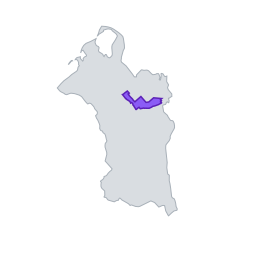 location of S.A. Nyyazow, Tashauz, Turkmenistan, rotated 49°
{"feature_id": "10190150B78263811448824", "entity_name": "S.A. Nyyazow", "entity_type": "district", "adm_level": 2, "iso_a3": "TKM", "parent_name": "Turkmenistan", "parent_adm1": "Tashauz", "projection": "natural_earth1", "projection_center": [58.86, 40.837], "detail": "fine", "context": "in_parent", "style": "filled", "palette": "violet", "viewbox_px": 256, "rotation_deg": 49, "n_neighbors": 0, "source": "geoboundaries", "source_scale": "gbopen_adm2", "svg_char_len": 4799}
<svg xmlns="http://www.w3.org/2000/svg" viewBox="0 0 256 256"><g transform="rotate(49 128 128)"><path d="M79.8,88.7L90.3,89.3L93.5,89.7L94.9,88.2L94.8,87.9L94.3,87.6L93.5,86.6L92.9,79.8L93.8,78.9L94.9,78.2L96.4,76.1L97.2,75.4L98.4,74.9L102.4,74.7L104.1,74.3L105.6,71.9L105.9,70.5L106.9,69.4L107.6,69.4L110.3,70.4L110.9,70.8L111.8,72.6L112.8,72.5L113.0,72.2L112.8,71.8L112.1,70.7L110.4,68.7L108.7,67.5L108.6,67.1L110.0,66.1L112.8,66.5L113.6,66.2L114.3,64.6L118.1,68.2L118.8,68.5L121.8,69.0L122.3,69.5L123.4,71.6L124.4,72.1L125.7,72.5L131.0,72.6L132.7,74.0L133.0,74.3L132.6,75.3L132.6,77.2L132.1,77.9L132.4,78.2L134.3,79.0L135.4,80.2L135.6,80.7L135.2,81.1L134.3,80.9L133.9,81.5L133.9,82.4L134.6,83.4L134.8,84.2L133.8,86.2L133.8,87.0L134.1,87.4L139.0,90.4L139.7,90.5L144.4,89.9L145.3,90.3L149.4,90.9L150.5,90.8L151.3,89.9L152.0,89.5L152.7,89.5L154.7,90.1L156.8,91.4L158.1,92.5L158.8,93.6L160.8,99.3L162.0,101.7L163.5,102.9L164.6,105.2L165.5,110.1L166.1,111.1L168.3,113.1L179.8,121.1L183.3,124.7L188.7,128.2L190.7,127.8L194.9,131.5L197.6,132.9L201.1,135.1L208.4,140.1L209.9,140.3L211.6,139.6L213.2,140.0L215.9,141.3L218.8,143.2L221.3,143.9L222.1,144.8L222.1,145.2L220.8,147.7L220.7,150.8L220.9,155.0L220.2,155.0L215.3,153.9L210.6,151.3L209.6,152.1L209.0,153.0L207.9,156.6L201.7,156.8L198.0,158.6L194.9,170.4L194.2,171.8L192.1,173.8L188.6,175.7L188.0,176.4L187.9,177.1L187.5,177.3L185.5,177.3L178.0,179.9L176.3,179.9L175.6,180.1L175.3,180.6L176.2,182.9L175.5,183.6L175.1,184.8L174.7,186.8L169.8,190.0L168.7,190.4L166.7,190.1L165.7,190.4L164.6,191.4L164.1,191.1L163.9,190.1L163.3,189.4L160.2,186.9L156.6,187.3L155.3,187.1L154.2,186.6L152.6,185.2L151.5,183.8L150.4,183.9L150.1,183.3L150.0,182.5L150.3,181.5L150.2,179.8L149.6,178.5L148.9,177.9L149.7,175.9L149.6,174.4L149.1,172.7L148.9,170.3L149.0,168.0L148.3,166.8L137.9,166.9L134.1,161.4L132.5,160.1L127.3,157.8L125.9,156.6L124.7,155.2L124.4,153.4L123.8,152.3L123.0,152.1L118.9,149.9L117.3,149.4L115.1,149.9L113.7,149.3L112.2,150.1L111.5,150.2L109.8,149.7L107.8,147.7L106.1,146.9L102.5,145.7L99.9,145.3L97.7,144.5L97.4,144.3L97.4,142.6L97.1,141.9L96.4,141.1L95.5,140.5L91.7,140.5L89.9,139.9L88.5,139.8L85.5,139.9L84.5,140.4L83.9,140.9L83.5,142.5L83.2,142.7L80.2,142.8L73.9,142.4L71.2,143.2L67.1,145.7L64.7,147.8L64.0,148.7L62.6,152.4L62.0,152.9L61.1,153.4L60.3,153.4L56.6,154.9L55.1,155.2L51.4,155.1L50.6,149.6L50.3,145.3L50.8,139.3L50.7,135.5L51.4,129.7L51.2,128.2L49.3,125.7L49.1,123.9L47.9,123.8L46.1,122.3L44.2,121.7L43.3,121.7L42.4,122.1L41.8,123.0L41.4,121.6L41.4,120.2L43.0,117.2L43.9,118.1L45.0,118.4L47.8,118.3L47.6,117.3L46.1,116.2L45.9,114.9L46.0,113.5L46.4,112.2L46.0,111.7L45.3,111.4L43.8,111.4L39.8,110.9L39.3,112.5L40.3,114.5L38.6,112.2L37.4,109.8L36.6,107.1L36.6,104.1L38.2,99.3L39.6,93.4L41.0,95.9L42.2,97.0L44.6,97.7L45.8,97.5L47.1,96.9L48.4,97.1L50.3,99.6L51.7,99.9L54.6,98.9L56.0,98.7L57.2,99.2L58.4,99.2L57.9,98.0L57.7,96.8L58.5,96.2L60.7,96.9L62.6,96.2L62.9,95.9L63.1,94.9L62.9,92.9L62.5,92.0L61.4,90.9L57.4,88.0L56.1,86.9L54.9,85.4L53.2,79.6L51.8,76.0L51.3,75.5L48.9,75.2L44.4,76.1L42.8,75.9L42.1,76.3L40.2,77.9L39.4,79.2L38.1,82.2L39.0,83.2L38.2,88.4L38.5,90.6L38.4,90.7L37.1,88.0L35.3,85.3L33.9,81.1L36.6,78.4L39.0,76.5L41.4,75.0L44.0,74.0L49.8,72.5L53.0,72.0L55.5,71.9L57.5,72.8L62.8,76.2L65.1,78.0L65.7,78.8L66.3,80.6L70.2,86.5L71.1,87.3L72.6,89.1L74.0,89.7L79.8,88.7ZM41.0,130.7L40.9,131.5L40.2,129.1L39.9,126.5L40.4,125.8L40.9,125.8L40.4,126.8L41.0,130.7Z" fill="#d9dde1" stroke="#a8b0b8" stroke-width="1"/><path d="M99.1,110.2L100.5,110.3L101.4,110.3L104.4,110.5L104.7,110.4L104.7,110.2L105.5,110.2L105.8,110.2L106.6,110.0L107.0,109.8L107.1,109.7L107.3,109.7L107.8,109.6L108.6,109.3L109.7,109.3L110.4,109.5L111.0,109.7L111.1,109.2L111.2,108.8L111.2,108.7L111.3,108.7L111.8,108.5L112.4,108.3L113.0,108.6L113.9,109.2L114.7,109.0L115.0,109.1L115.5,109.3L116.2,109.4L117.1,109.5L118.4,109.7L119.1,109.9L119.3,109.8L119.4,109.7L119.5,108.7L119.4,108.4L119.5,107.1L119.6,106.1L121.5,106.1L122.5,104.4L122.9,103.7L123.3,103.0L123.6,102.9L123.9,102.7L124.0,102.4L126.2,100.0L126.3,99.9L126.8,99.3L127.0,99.1L127.8,96.4L127.9,95.0L128.5,94.1L129.2,92.6L129.9,90.7L130.4,89.5L130.5,88.4L131.0,87.2L131.0,86.6L131.0,86.2L130.9,86.2L130.7,86.1L130.5,86.3L130.1,86.5L129.7,86.4L129.6,85.8L129.3,85.8L129.3,85.7L129.3,84.8L129.2,84.8L128.8,84.9L128.8,85.0L128.5,85.0L128.2,85.1L127.9,85.0L127.9,84.9L127.9,84.4L127.9,83.9L127.9,83.5L127.9,83.3L127.9,83.2L127.8,83.3L122.8,88.1L122.0,88.9L122.0,90.6L122.0,93.7L122.0,95.2L120.5,97.6L120.4,97.6L114.8,97.6L112.7,97.6L112.7,103.8L112.8,105.6L110.7,105.8L109.1,105.6L107.1,105.7L106.9,105.8L104.0,105.8L103.9,105.6L102.4,105.6L102.4,105.2L102.5,104.2L101.3,104.2L99.6,104.3L99.6,106.0L99.4,106.3L99.4,109.6L99.1,110.2L99.1,110.2Z" fill="#8b5cf6" stroke="#5b21b6" stroke-width="1.5"/></g></svg>